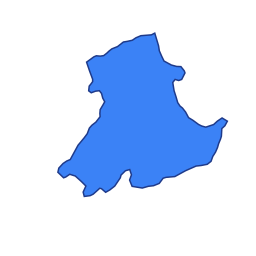 outline of Gyeongju-si, North Gyeongsang, South Korea, rotated 232°
{"feature_id": "91817680B5353031397212", "entity_name": "Gyeongju-si", "entity_type": "district", "adm_level": 2, "iso_a3": "KOR", "parent_name": "South Korea", "parent_adm1": "North Gyeongsang", "projection": "equal_earth", "projection_center": [129.238, 35.854], "detail": "fine", "context": "isolated", "style": "filled", "palette": "blue", "viewbox_px": 256, "rotation_deg": 232, "n_neighbors": 0, "source": "geoboundaries", "source_scale": "gbopen_adm2", "svg_char_len": 1499}
<svg xmlns="http://www.w3.org/2000/svg" viewBox="0 0 256 256"><g transform="rotate(232 128 128)"><path d="M101.0,51.4L98.0,56.5L97.3,59.8L97.6,64.6L97.9,68.6L96.6,69.7L91.1,70.8L90.4,75.5L90.4,81.8L93.5,91.3L95.2,93.5L95.9,99.7L94.2,103.8L89.0,101.9L86.0,97.2L79.5,95.3L71.9,102.3L69.5,108.2L66.8,112.6L65.1,118.5L66.8,124.7L65.7,127.6L61.8,133.6L60.9,135.0L58.9,147.1L56.1,158.2L53.4,162.6L50.6,168.1L50.6,172.9L53.4,177.3L55.1,182.1L57.5,186.5L59.9,189.8L62.2,193.9L64.0,196.5L69.8,201.6L70.1,205.7L72.2,210.5L78.0,208.3L78.4,202.7L78.0,197.6L80.8,189.8L84.2,187.3L87.3,185.8L94.1,183.9L98.9,182.1L105.1,183.2L110.2,183.2L113.3,182.5L117.4,182.8L122.9,185.0L129.1,187.3L136.3,191.3L137.3,195.0L134.2,197.2L133.2,200.2L136.3,206.8L138.3,207.5L143.8,207.5L146.6,204.2L151.0,200.9L158.6,197.6L163.7,198.7L169.5,200.2L174.0,202.7L186.3,207.5L187.0,203.8L192.8,195.0L194.2,189.8L194.5,185.4L196.6,181.0L198.6,177.3L198.6,172.9L198.6,169.9L200.3,164.0L200.3,160.4L200.0,157.4L200.0,153.4L201.7,150.4L204.4,147.5L205.1,144.9L205.4,135.9L196.5,132.8L188.3,130.2L186.3,128.7L185.6,126.2L184.9,123.2L181.5,119.9L178.4,120.7L177.0,125.1L175.0,128.4L171.5,128.4L167.1,126.5L163.0,125.8L161.6,122.5L159.6,117.4L156.8,114.8L154.1,113.0L152.4,106.3L152.4,101.2L151.7,97.5L148.6,92.4L147.2,87.3L145.2,78.1L138.7,63.1L139.7,59.4L140.0,55.0L139.0,48.8L136.3,45.5L128.4,46.6L127.7,48.8L127.4,53.6L122.6,56.9L114.7,58.3L108.2,59.1L105.1,53.2L101.0,51.4Z" fill="#3b82f6" stroke="#1e3a8a" stroke-width="1.5"/></g></svg>